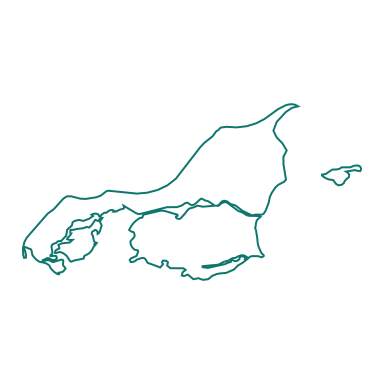 map outline of Nordjylland (Natural Earth projection)
{"feature_id": "DNK-3418", "entity_name": "Nordjylland", "entity_type": "Region", "adm_level": 1, "iso_a3": "DNK", "parent_name": "Denmark", "parent_adm1": "", "projection": "natural_earth1", "projection_center": [9.42, 57.153], "detail": "fine", "context": "isolated", "style": "outline", "palette": "teal", "viewbox_px": 384, "rotation_deg": 0, "n_neighbors": 0, "source": "natural_earth", "source_scale": "10m", "svg_char_len": 5419}
<svg xmlns="http://www.w3.org/2000/svg" viewBox="0 0 384 384"><path d="M147.7,262.9L145.4,259.1L144.2,258.2L143.7,257.9L141.4,258.1L136.8,259.6L135.6,260.8L133.2,261.9L130.7,262.0L129.7,260.1L131.0,258.3L136.3,256.1L137.5,253.6L138.1,251.5L137.9,250.5L135.1,249.8L133.9,249.1L132.9,248.1L132.1,247.1L131.5,246.1L130.9,244.6L130.4,242.8L130.6,241.0L131.1,240.5L133.8,237.6L134.1,236.9L134.6,236.2L134.5,234.4L134.0,232.8L133.3,232.0L131.9,231.8L130.9,231.3L129.1,229.9L131.2,226.2L133.3,223.3L135.7,220.9L139.2,218.4L140.0,218.0L140.9,217.8L141.9,217.8L142.5,217.3L143.1,215.2L143.5,214.7L160.4,210.7L164.2,210.8L177.5,214.7L177.5,215.8L176.0,216.5L175.9,217.4L176.8,218.3L178.4,218.9L179.9,218.8L181.0,218.0L185.2,213.3L187.1,210.7L189.2,208.6L193.6,207.4L197.4,205.7L202.9,206.7L215.0,205.7L208.3,201.3L204.9,200.4L202.5,199.0L201.3,198.7L200.4,199.1L196.4,202.9L194.2,204.5L191.8,205.3L189.6,204.2L187.6,202.7L185.4,203.1L181.4,205.7L176.8,207.1L166.9,207.2L140.8,213.8L138.5,214.0L136.3,213.3L123.6,205.7L124.3,207.7L123.4,208.7L119.6,209.7L116.8,211.2L115.4,211.7L113.4,211.7L114.1,210.8L112.1,209.9L110.1,210.2L108.2,211.3L106.3,212.8L104.4,212.7L102.1,214.3L100.1,216.1L99.2,216.3L98.3,214.4L96.0,213.6L93.4,213.8L91.5,214.7L93.1,216.0L89.0,218.8L83.3,220.9L79.2,220.0L76.5,220.4L73.9,221.3L72.6,222.4L72.0,225.2L70.5,226.9L68.6,228.3L67.1,229.9L66.5,234.1L66.3,234.4L66.1,235.7L65.6,236.4L64.9,237.0L61.2,241.0L58.6,241.2L57.4,241.6L56.9,242.4L56.0,243.0L54.1,243.6L52.2,244.6L51.4,246.5L52.3,251.5L52.2,253.8L50.5,255.2L50.5,256.1L55.1,255.8L56.1,256.1L56.9,257.9L56.3,259.1L54.8,259.9L53.3,260.1L51.9,259.8L49.3,258.4L47.8,258.1L46.4,258.4L44.1,259.7L42.7,260.1L42.6,261.2L48.1,260.1L49.7,260.5L52.1,261.8L53.3,262.1L61.3,259.6L63.0,260.1L63.3,261.2L63.0,264.0L63.0,265.2L64.7,267.2L65.5,268.6L63.8,270.8L62.6,271.8L61.1,272.3L59.4,272.5L58.4,272.9L58.5,273.5L59.9,274.2L57.6,274.2L54.4,272.1L51.6,269.4L50.4,267.7L49.4,265.5L46.8,263.7L43.6,262.6L40.7,262.1L38.7,261.4L36.2,259.5L34.0,257.2L32.5,255.2L31.3,249.9L30.6,249.1L29.0,248.7L25.8,247.2L23.9,247.1L25.5,252.5L26.1,255.7L25.8,257.7L24.1,257.9L23.2,254.8L23.0,248.0L24.4,241.9L27.0,237.4L47.6,213.7L53.8,209.2L63.3,198.7L66.9,196.3L71.0,196.3L80.5,198.7L85.9,198.9L96.2,197.3L100.8,195.6L106.3,191.3L108.3,190.7L136.8,193.6L147.2,192.7L157.6,190.0L167.3,185.4L175.9,178.7L200.4,147.0L204.7,142.5L212.5,136.4L216.4,131.1L217.9,130.4L220.7,127.6L226.2,126.8L236.6,127.4L246.9,126.2L256.2,123.3L264.2,119.2L278.0,109.2L285.6,105.3L288.6,104.5L292.0,104.2L295.3,104.8L298.1,106.3L291.9,107.9L286.0,111.9L276.7,121.9L273.4,130.7L276.6,137.3L282.4,143.3L286.7,150.5L283.4,156.9L283.5,164.6L286.0,179.6L284.1,181.8L278.3,184.8L275.6,187.2L271.6,193.1L269.8,197.1L268.5,203.4L265.7,210.5L264.3,212.8L263.4,213.9L262.4,214.4L261.2,214.7L255.8,214.6L254.1,214.9L252.1,215.4L242.5,210.8L235.4,205.4L230.7,204.1L226.9,201.3L224.0,200.7L221.7,201.6L218.5,205.3L216.3,205.7L218.4,205.9L220.8,203.7L222.8,202.7L224.9,202.0L227.2,202.7L238.5,211.1L242.3,212.4L246.7,215.2L249.2,215.8L258.4,216.0L260.5,216.8L257.3,219.7L256.6,220.9L256.1,222.8L255.5,226.8L255.1,227.9L256.0,230.3L257.2,237.8L257.8,243.7L258.6,246.8L261.4,253.1L262.4,254.1L263.5,254.9L263.8,255.9L262.2,257.2L261.3,257.2L258.6,256.3L257.2,256.1L252.0,256.1L250.2,256.7L248.2,258.1L246.2,256.6L244.1,255.5L241.6,255.2L238.7,256.1L236.1,257.5L235.1,257.9L233.2,258.1L231.5,258.7L228.0,260.8L223.8,261.8L218.6,264.6L202.6,266.2L202.6,267.2L207.8,267.9L225.0,264.1L228.8,262.4L230.5,262.1L230.9,261.8L231.0,261.1L231.2,260.4L232.0,260.1L233.0,260.3L234.5,261.0L235.2,261.2L236.4,261.0L237.8,260.4L239.0,259.6L239.5,258.6L240.2,256.6L242.0,256.3L245.8,257.2L245.5,257.7L244.9,259.1L246.9,259.4L243.2,262.4L237.8,265.6L234.0,269.5L226.2,272.9L219.4,273.5L216.6,274.1L212.0,276.0L208.2,279.2L203.5,279.8L201.5,279.4L198.5,278.2L193.4,279.2L187.8,274.6L184.0,276.1L181.8,275.5L182.6,272.3L185.6,269.9L183.4,268.3L170.4,268.2L167.2,265.7L167.9,262.2L166.2,260.8L162.9,260.6L162.0,262.1L163.0,264.2L160.2,267.5L155.9,265.8L147.7,262.9ZM90.5,252.0L89.0,253.4L84.2,256.1L83.6,258.6L74.5,260.4L71.3,261.7L70.1,261.2L67.1,256.4L65.9,255.2L63.1,253.1L60.3,252.1L59.6,252.0L56.0,253.0L54.9,252.8L55.3,251.1L55.8,250.3L56.7,249.7L57.7,249.2L58.8,249.1L59.3,248.4L59.1,247.0L58.7,245.6L58.4,245.0L61.6,243.4L69.7,242.5L72.6,239.9L71.1,240.0L69.7,239.9L68.4,239.6L67.1,239.0L67.8,237.6L70.1,235.4L71.0,233.9L70.6,234.0L70.4,232.8L70.3,230.4L70.6,229.9L71.5,229.8L72.5,229.9L73.3,229.9L76.6,229.0L83.3,228.2L86.7,226.9L89.2,227.5L91.5,225.4L95.3,219.8L98.0,221.0L99.6,219.3L100.9,217.4L102.4,217.8L101.7,218.9L100.3,220.8L100.0,221.9L100.2,222.5L101.4,224.5L101.6,225.8L101.4,226.1L100.0,230.9L99.1,232.7L98.5,233.4L97.6,233.9L97.6,232.2L97.0,231.0L96.2,230.3L95.3,229.9L92.6,231.5L92.1,232.0L91.7,233.5L92.0,234.5L92.6,235.2L92.9,235.9L93.9,240.8L94.9,242.3L96.8,242.9L96.1,243.7L95.4,244.0L94.6,244.1L93.6,244.0L94.5,244.5L95.3,245.0L93.7,246.7L92.0,250.0L90.5,252.0ZM354.7,165.6L357.8,165.5L359.1,165.9L360.1,166.6L361.0,168.3L360.9,169.9L360.1,171.1L357.5,170.8L354.8,170.1L346.1,171.6L347.9,172.7L349.3,174.8L348.9,177.2L346.2,179.3L344.7,181.1L343.8,183.1L341.9,184.7L338.4,185.3L336.1,184.0L333.1,180.0L329.1,179.5L325.9,178.3L323.9,177.0L322.0,175.5L322.0,174.6L325.8,174.0L329.5,171.4L332.4,169.6L337.0,169.4L339.6,168.8L341.6,167.3L350.1,167.3L354.7,165.6Z" fill="none" stroke="#0f766e" stroke-width="2"/></svg>